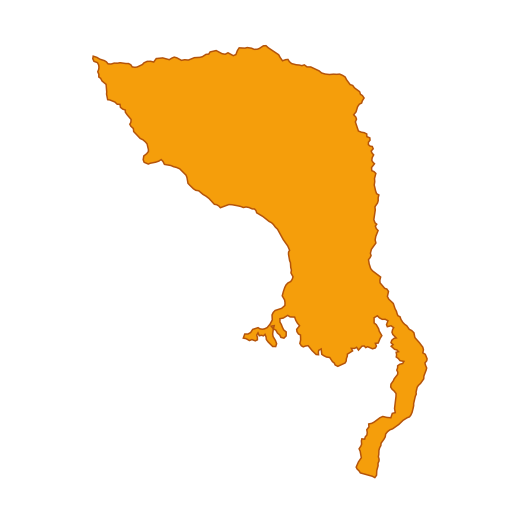 the district of Novo Jardim, Tocantins, Brazil, rotated 95°
{"feature_id": "56859067B81218887161282", "entity_name": "Novo Jardim", "entity_type": "district", "adm_level": 2, "iso_a3": "BRA", "parent_name": "Brazil", "parent_adm1": "Tocantins", "projection": "natural_earth1", "projection_center": [-46.478, -11.806], "detail": "fine", "context": "isolated", "style": "filled", "palette": "amber", "viewbox_px": 512, "rotation_deg": 95, "n_neighbors": 0, "source": "geoboundaries", "source_scale": "gbopen_adm2", "svg_char_len": 6036}
<svg xmlns="http://www.w3.org/2000/svg" viewBox="0 0 512 512"><g transform="rotate(95 256 256)"><path d="M71.1,435.6L73.7,435.8L76.2,434.4L77.2,430.8L79.4,429.4L81.7,428.9L83.8,429.0L86.3,429.7L88.7,428.4L91.4,428.2L92.5,426.3L95.1,424.6L98.1,420.3L105.6,419.0L107.7,419.0L113.2,417.4L113.3,415.2L114.9,410.0L116.9,407.5L116.8,404.7L119.7,404.0L121.3,401.6L122.0,398.9L124.1,398.7L126.4,396.8L130.9,392.3L133.8,392.3L135.7,393.2L137.7,391.9L139.7,389.3L142.7,388.7L149.0,381.6L150.1,378.7L151.9,376.2L153.8,374.3L159.2,372.5L161.3,372.3L163.7,373.9L166.1,376.5L169.9,376.8L172.4,375.6L173.8,371.3L172.8,369.4L171.3,364.1L169.9,361.0L168.2,358.9L169.9,356.9L172.7,355.2L173.3,348.6L174.2,346.0L174.7,342.9L175.8,339.6L181.6,332.7L183.9,331.6L189.5,330.1L191.3,328.1L194.5,324.2L195.8,321.7L196.0,318.8L199.3,314.1L200.7,311.1L202.8,307.8L208.1,302.0L208.3,299.7L209.4,297.4L211.0,295.7L207.1,287.5L207.0,284.2L207.6,278.3L208.0,275.4L208.8,272.8L208.0,270.2L208.3,267.2L209.4,263.9L209.3,261.6L210.7,260.0L212.9,259.1L216.1,252.5L220.4,246.0L221.5,243.4L223.1,241.4L225.5,239.3L227.4,236.9L237.3,230.3L243.3,225.2L247.4,223.0L249.3,223.9L251.3,223.8L257.7,222.1L259.7,221.1L264.4,220.4L266.9,219.5L269.8,219.7L273.5,217.3L276.1,217.9L278.4,219.2L280.0,221.8L282.1,223.5L284.8,224.6L288.9,225.6L293.4,226.4L297.3,223.7L300.0,223.0L302.8,222.9L305.9,225.9L308.6,232.2L310.7,233.9L313.3,234.9L318.3,234.2L322.7,236.1L326.3,238.6L327.8,241.1L328.4,243.3L328.2,245.8L327.2,247.7L329.4,252.9L332.7,254.7L334.4,257.2L334.7,260.4L338.9,261.5L339.2,258.7L340.8,255.2L339.6,252.8L340.6,249.3L339.4,247.3L337.1,247.5L334.7,248.4L332.4,247.3L335.2,245.8L334.5,243.8L334.9,241.6L333.3,240.2L335.8,238.9L338.3,238.4L340.6,236.4L344.7,231.5L344.5,228.5L341.6,227.8L338.6,229.2L334.7,232.0L332.3,232.6L327.0,232.4L328.1,229.8L330.9,227.9L332.7,225.4L334.9,224.1L335.4,221.0L333.0,219.0L329.0,219.3L327.2,222.0L324.5,223.6L322.0,224.8L319.7,226.4L316.3,226.7L315.5,223.5L312.4,219.2L313.7,216.7L313.5,212.2L316.7,210.7L319.4,208.8L321.7,206.5L325.5,209.1L327.8,208.6L330.0,206.9L330.8,204.8L335.7,204.2L339.3,204.7L341.5,203.0L342.4,201.0L341.3,198.7L340.8,196.2L345.3,191.9L348.9,187.5L348.9,185.1L346.3,185.5L344.5,185.3L342.9,183.0L348.2,181.9L349.3,180.0L350.5,177.0L350.7,173.7L354.6,170.6L355.7,168.8L357.7,167.6L358.8,164.9L354.8,157.9L352.8,157.0L350.3,157.0L347.8,156.3L345.8,156.4L342.1,151.5L339.7,153.0L339.5,149.8L338.2,147.8L340.8,145.7L336.6,142.6L336.2,140.4L337.7,138.7L336.6,136.9L338.3,131.8L337.2,129.1L335.2,128.2L332.6,129.5L332.1,126.7L327.3,125.2L324.4,123.7L320.1,126.7L317.8,127.5L313.9,130.2L312.4,132.5L307.2,133.0L305.0,129.9L306.9,127.6L308.1,124.7L307.8,121.7L309.0,118.9L313.1,120.0L315.0,119.0L313.7,115.4L315.4,112.6L317.3,113.5L320.1,113.9L322.3,112.8L325.4,109.2L326.0,111.3L328.1,113.4L330.6,114.0L332.4,111.7L334.1,113.5L336.9,109.8L337.3,107.5L338.9,105.7L339.7,108.0L342.2,107.3L344.4,107.5L345.7,105.3L347.7,103.4L348.1,99.5L350.3,100.5L351.3,103.3L353.0,105.3L355.2,105.2L357.4,105.8L359.4,104.6L361.6,104.6L366.2,107.6L368.3,108.3L371.9,110.4L374.8,110.4L376.9,108.8L378.4,106.7L380.8,104.5L383.5,104.3L395.9,104.7L399.9,103.6L400.9,106.5L405.4,107.6L405.4,111.7L404.8,115.7L406.3,118.4L411.1,123.8L412.6,126.1L413.5,129.1L416.4,128.6L419.4,130.5L422.1,129.8L424.6,129.9L426.7,131.4L429.0,131.8L428.9,134.6L431.0,134.9L434.3,134.4L436.3,135.0L439.1,136.5L441.4,135.2L447.8,133.5L452.2,136.0L457.6,137.8L459.4,136.7L461.0,134.7L463.0,133.1L465.3,120.9L466.4,118.3L463.9,116.8L459.2,117.0L454.3,116.1L451.9,116.4L449.5,115.6L447.6,115.7L445.3,116.6L443.1,116.4L438.8,116.6L436.2,116.1L434.0,115.1L431.6,115.1L427.2,112.5L424.9,111.5L422.0,111.3L419.6,109.7L417.5,107.5L416.3,104.9L414.8,103.1L411.2,98.9L406.8,95.1L403.9,91.2L402.9,89.1L401.0,87.9L398.2,86.9L393.9,86.2L391.4,85.9L389.2,86.1L382.0,85.1L379.6,84.3L377.7,84.7L372.7,84.0L370.7,82.9L368.6,81.0L363.8,78.2L360.9,78.3L355.0,76.6L352.7,76.2L350.3,77.5L347.8,78.4L345.5,76.8L343.5,76.6L339.2,78.8L337.9,81.4L334.9,81.0L332.3,81.9L328.1,85.7L323.4,90.6L318.7,92.0L316.7,94.4L315.7,96.9L312.3,99.8L311.2,101.8L309.3,104.0L306.5,106.1L304.0,107.2L303.1,109.4L301.2,110.4L298.8,111.3L296.4,112.9L291.3,115.1L287.5,119.9L284.9,121.6L279.8,120.9L277.5,122.8L277.0,125.0L271.9,130.1L269.3,130.5L266.1,130.0L260.6,138.7L258.5,140.7L253.9,142.6L249.8,143.6L247.8,142.3L245.6,141.4L243.3,142.3L239.2,141.6L232.6,137.7L229.6,138.7L226.1,138.4L220.0,136.6L218.2,138.6L215.8,139.7L213.8,138.5L212.6,140.3L209.6,141.8L199.7,141.2L196.6,141.8L192.7,139.6L190.2,139.1L187.3,139.4L184.5,138.9L183.4,141.3L180.8,142.5L175.0,144.4L171.7,144.2L168.4,144.7L163.3,143.8L161.6,145.9L160.9,148.1L157.8,148.6L153.8,146.0L152.3,147.8L150.6,149.0L147.8,148.8L145.0,147.6L143.3,149.4L141.4,150.4L139.0,148.6L136.8,149.7L136.6,151.9L135.2,153.8L132.8,153.9L130.7,152.5L128.4,152.9L127.4,156.0L124.8,156.3L123.7,159.0L123.5,161.9L122.5,164.9L113.8,168.7L110.9,167.8L108.9,168.7L106.8,171.0L103.7,168.9L98.4,167.8L95.8,166.3L94.4,164.1L92.1,163.6L89.2,162.1L86.9,164.0L85.8,166.0L83.3,167.1L79.9,172.6L77.7,174.5L77.0,177.2L72.6,181.1L69.9,182.8L68.5,185.5L67.5,188.5L68.0,191.4L68.1,194.6L68.8,198.6L68.7,203.0L67.9,206.7L66.1,209.2L62.9,217.9L63.2,221.6L61.4,224.5L62.4,226.9L62.0,229.5L62.0,232.6L61.2,237.3L59.5,239.7L57.4,241.3L57.8,243.5L59.2,246.6L56.3,249.1L53.5,251.0L47.5,261.9L45.6,264.4L46.0,267.0L48.9,270.7L49.9,272.7L50.3,275.9L49.4,278.5L49.1,282.9L49.9,285.1L50.1,290.9L52.9,292.4L57.1,293.6L58.4,296.1L56.0,301.6L57.7,304.3L57.4,307.5L54.8,313.6L56.7,319.5L59.0,320.7L59.5,323.4L62.1,326.7L63.0,329.2L63.8,334.7L66.7,340.4L66.7,344.2L67.6,347.3L65.5,352.1L65.0,354.8L66.2,357.1L68.0,359.5L66.8,366.2L68.0,372.6L71.7,374.8L71.2,377.8L71.6,381.4L73.3,384.4L75.2,385.9L76.6,388.3L78.1,390.9L78.6,393.1L78.4,395.8L76.4,397.4L75.4,399.7L75.6,402.6L75.3,408.2L76.0,410.8L76.2,414.1L77.4,417.1L77.5,420.1L75.6,422.0L74.6,424.0L73.5,428.8L72.0,431.8L71.1,435.6ZM327.0,232.4L324.6,234.7L323.8,231.8L327.0,232.4Z" fill="#f59e0b" stroke="#b45309" stroke-width="1.5"/></g></svg>